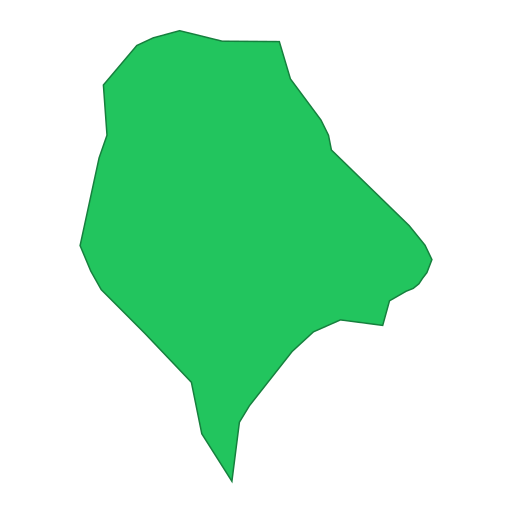 map outline of Dolenjske Toplice (Natural Earth projection)
{"feature_id": "SVN-249", "entity_name": "Dolenjske Toplice", "entity_type": "Statistical Region", "adm_level": 1, "iso_a3": "SVN", "parent_name": "Slovenia", "parent_adm1": "", "projection": "natural_earth1", "projection_center": [15.054, 45.708], "detail": "fine", "context": "isolated", "style": "filled", "palette": "green", "viewbox_px": 512, "rotation_deg": 0, "n_neighbors": 0, "source": "natural_earth", "source_scale": "10m", "svg_char_len": 541}
<svg xmlns="http://www.w3.org/2000/svg" viewBox="0 0 512 512"><path d="M279.3,41.6L290.4,78.9L321.0,120.1L328.5,135.3L331.4,150.0L409.2,225.7L425.0,245.2L431.9,259.6L426.9,272.6L422.6,278.2L418.9,283.8L413.2,288.4L406.0,291.3L389.5,300.8L382.7,325.4L340.4,319.9L313.5,331.8L292.2,351.4L249.5,405.6L239.4,422.2L231.9,481.3L201.8,433.8L191.4,382.3L144.6,333.1L101.2,289.6L90.8,271.1L80.1,245.6L99.1,157.9L107.0,135.2L103.4,85.0L136.8,45.5L153.3,37.8L179.6,30.7L222.2,41.2L279.3,41.6Z" fill="#22c55e" stroke="#15803d" stroke-width="1.5"/></svg>